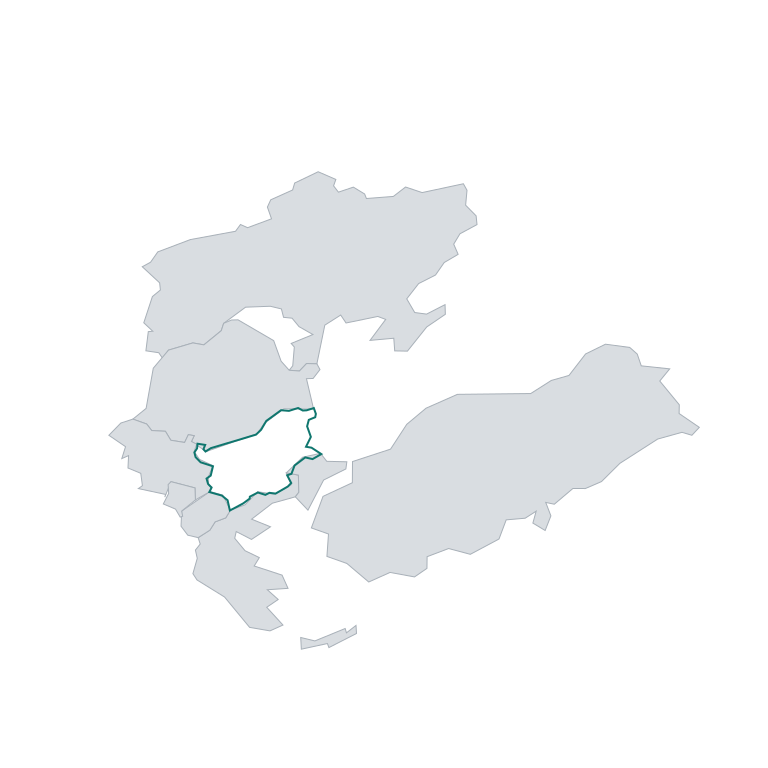 Bulgaria highlighted among its neighbors, rotated 337°
{"feature_id": "BGR", "entity_name": "Bulgaria", "entity_type": "country or territory", "adm_level": 0, "iso_a3": "BGR", "parent_name": "Europe", "parent_adm1": "", "projection": "robinson", "projection_center": [24.961, 42.741], "detail": "coarse", "context": "with_neighbors", "style": "outline", "palette": "teal", "viewbox_px": 768, "rotation_deg": 337, "n_neighbors": 7, "source": "natural_earth", "source_scale": "50m", "svg_char_len": 4454}
<svg xmlns="http://www.w3.org/2000/svg" viewBox="0 0 768 768"><g transform="rotate(337 384 384)"><path d="M440.2,330.2L450.5,336.3L471.2,334.8L467.7,343.8L445.6,348.2L418.4,362.9L406.8,357.7L410.9,345.7L388.2,338.4L410.8,325.2L404.7,319.4L372.9,313.0L371.1,303.6L352.5,306.7L330.1,339.2L320.7,334.9L311.2,339.0L302.1,334.3L307.1,331.6L315.9,314.9L314.4,310.4L337.9,310.7L328.2,298.0L325.1,287.5L317.6,283.4L318.9,274.8L309.7,268.0L286.6,259.2L260.1,265.5L255.1,271.3L233.5,277.6L224.1,271.5L198.9,268.6L190.2,274.0L188.9,267.2L177.8,260.4L187.5,243.7L191.8,245.1L186.8,233.8L205.0,213.0L214.9,210.1L217.0,203.2L207.3,181.6L216.7,180.7L227.4,174.0L262.2,175.4L307.0,185.4L314.2,181.1L319.5,186.8L345.0,188.0L345.8,175.6L351.7,170.2L375.7,169.7L380.3,164.1L406.3,162.9L419.6,176.9L415.0,181.9L417.0,189.6L432.7,190.8L440.4,201.5L440.3,206.4L465.9,215.0L480.8,211.1L493.9,222.7L535.3,230.7L536.1,238.1L529.0,251.3L534.5,265.2L531.9,273.6L512.6,275.4L502.8,282.5L502.9,293.6L486.9,295.7L474.0,303.8L455.1,305.1L438.2,314.5L440.2,330.2Z" fill="#d9dde1" stroke="#a8b0b8" stroke-width="1"/><path d="M302.1,334.3L311.2,339.0L320.7,334.9L330.1,339.2L330.7,345.7L320.9,351.2L314.7,348.8L309.4,379.6L282.2,367.7L258.1,373.6L247.9,380.1L193.9,376.7L184.3,361.7L189.1,357.4L184.1,354.2L177.6,359.9L165.8,352.5L164.3,342.1L152.0,336.1L149.9,328.1L139.1,318.2L155.5,313.5L177.8,279.3L198.9,268.6L224.1,271.5L233.5,277.6L255.1,271.3L260.1,265.5L268.6,265.5L274.7,267.9L299.4,301.0L298.2,322.8L302.1,334.3Z" fill="#d9dde1" stroke="#a8b0b8" stroke-width="1"/><path d="M263.9,595.3L261.2,602.9L230.3,605.1L230.5,600.8L204.3,595.8L208.3,584.8L220.0,593.5L252.7,593.9L252.2,598.4L263.9,595.3ZM193.4,440.1L208.9,440.9L225.6,433.8L240.3,442.8L259.3,440.4L259.4,427.6L269.6,434.4L263.3,450.4L258.3,453.2L234.6,450.1L209.3,456.7L223.7,471.1L201.3,475.3L190.3,462.1L186.3,467.7L190.9,483.1L201.4,495.1L193.4,500.8L215.5,520.1L215.8,534.6L196.2,527.8L202.4,541.0L188.8,543.7L196.8,566.4L182.6,566.7L165.2,555.5L154.0,517.8L135.3,491.3L134.0,483.9L144.0,471.5L145.5,463.2L152.3,459.5L152.9,452.8L166.6,450.5L174.7,444.9L186.0,445.4L193.4,440.1Z" fill="#d9dde1" stroke="#a8b0b8" stroke-width="1"/><path d="M657.3,547.1L647.4,551.5L639.4,544.9L614.4,541.6L570.1,549.2L546.1,558.8L528.5,558.9L517.0,554.0L493.8,561.2L486.6,556.2L486.1,570.6L475.1,581.8L466.7,570.2L474.4,560.5L461.5,562.7L443.4,556.8L429.3,571.6L396.9,574.5L379.2,560.7L356.2,559.8L351.5,570.5L336.7,573.5L315.9,559.8L292.6,560.3L279.7,534.7L264.1,520.4L274.3,500.4L260.9,488.1L284.0,463.6L316.3,462.5L324.7,443.1L364.6,446.5L389.2,430.0L413.2,422.7L447.5,422.2L515.3,450.1L539.4,446.1L557.6,448.4L581.3,435.1L603.4,433.9L624.5,446.4L628.8,455.4L627.9,467.8L652.9,481.7L639.0,489.0L647.7,518.5L644.1,526.5L657.3,547.1ZM259.4,427.6L280.5,419.6L298.5,423.0L301.1,432.8L319.4,441.1L315.7,447.3L290.9,448.8L264.7,470.4L258.3,453.2L263.3,450.4L269.6,434.4L259.4,427.6Z" fill="#d9dde1" stroke="#a8b0b8" stroke-width="1"/><path d="M181.8,415.0L192.1,423.2L193.4,440.1L186.0,445.4L174.7,444.9L166.6,450.5L152.9,452.8L144.3,446.5L141.6,435.6L148.1,421.9L181.8,415.0Z" fill="#d9dde1" stroke="#a8b0b8" stroke-width="1"/><path d="M110.7,323.7L126.5,317.1L139.1,318.2L149.9,328.1L152.0,336.1L164.3,342.1L165.8,352.5L177.6,359.9L184.1,354.2L189.1,357.4L184.3,361.7L188.1,366.2L182.9,371.9L184.7,381.3L194.6,392.3L186.6,400.3L183.0,408.4L185.3,411.4L181.8,415.0L165.1,417.0L169.4,405.8L149.8,390.7L138.0,402.5L139.8,400.3L117.0,384.3L121.9,383.2L125.2,371.2L115.5,361.3L120.9,350.1L113.5,350.2L121.6,340.7L110.7,323.7Z" fill="#d9dde1" stroke="#a8b0b8" stroke-width="1"/><path d="M144.4,426.9L143.2,417.7L134.0,408.2L143.0,400.6L146.0,392.2L149.8,390.7L169.4,405.8L165.1,417.0L148.1,421.9L147.0,427.1L144.4,426.9Z" fill="#d9dde1" stroke="#a8b0b8" stroke-width="1"/><path d="M298.9,424.0L288.9,425.2L282.8,420.8L269.8,424.1L263.7,430.5L259.2,430.2L259.9,438.9L255.4,440.8L241.4,442.5L236.0,439.4L231.5,439.7L225.5,434.6L216.5,435.3L215.6,437.0L207.7,438.9L192.7,440.2L194.6,429.9L191.2,423.4L181.0,415.2L184.8,412.0L183.0,407.2L183.7,401.7L188.7,400.6L194.4,392.9L184.6,384.4L182.0,377.7L182.7,372.9L186.8,370.2L189.0,366.1L195.6,370.2L192.3,373.5L193.3,376.4L199.6,375.4L246.4,380.6L253.0,378.1L261.2,372.0L279.0,367.9L286.0,371.6L295.5,372.5L298.9,376.7L302.5,378.0L310.0,378.7L309.6,384.9L307.7,387.7L300.8,387.6L296.7,392.9L296.0,404.1L287.7,411.3L292.4,414.3L298.9,424.0Z" fill="none" stroke="#0f766e" stroke-width="2"/></g></svg>